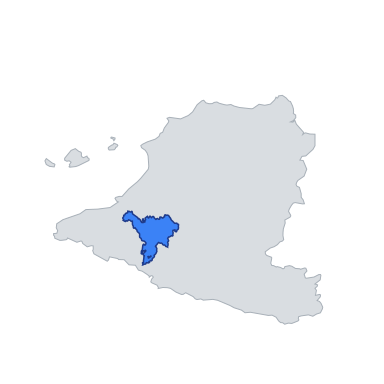 Zaragoza highlighted on a map of Spain, rotated 191°
{"feature_id": "ESP-5853", "entity_name": "Zaragoza", "entity_type": "Autonomous Community", "adm_level": 1, "iso_a3": "ESP", "parent_name": "Spain", "parent_adm1": "", "projection": "mercator", "projection_center": [-1.121, 41.843], "detail": "fine", "context": "in_parent", "style": "filled", "palette": "blue", "viewbox_px": 384, "rotation_deg": 191, "n_neighbors": 0, "source": "natural_earth", "source_scale": "10m", "svg_char_len": 9230}
<svg xmlns="http://www.w3.org/2000/svg" viewBox="0 0 384 384"><g transform="rotate(191 192 192)"><path d="M206.8,90.8L206.8,91.9L208.6,93.9L213.9,95.1L215.3,95.9L215.0,98.7L213.7,101.1L214.9,102.1L216.2,102.1L217.7,100.2L218.1,101.4L220.5,102.6L225.9,104.8L229.7,105.1L233.6,109.3L239.9,108.5L245.7,112.6L251.1,111.7L252.3,112.5L260.6,112.6L261.0,109.3L262.0,107.9L276.5,112.6L278.3,115.5L278.0,116.9L278.7,120.2L280.6,120.1L284.4,118.2L289.4,120.6L290.7,122.6L291.7,122.7L295.4,120.7L305.4,123.1L305.8,121.6L306.5,121.1L310.7,119.7L312.5,119.3L317.8,120.4L318.5,122.3L319.5,123.0L320.0,124.7L316.8,125.7L316.5,128.5L318.4,130.9L318.7,135.0L313.3,140.3L297.9,149.2L292.8,154.5L281.3,157.2L269.5,161.1L262.4,168.2L264.3,168.7L266.4,171.1L265.7,172.2L262.6,173.8L259.8,174.3L254.7,182.9L247.5,191.7L244.9,195.7L239.3,206.0L239.3,208.9L242.0,219.1L243.6,221.8L245.8,224.0L250.0,225.9L251.1,227.8L249.6,229.5L245.4,232.7L238.1,236.9L235.0,240.3L234.4,243.5L232.2,245.0L231.4,249.5L228.5,255.7L228.3,257.3L230.6,259.6L228.3,261.0L217.1,261.6L210.2,266.4L206.7,270.7L203.6,278.7L199.7,283.4L198.0,284.3L195.4,282.2L192.2,281.9L189.0,282.6L187.3,284.2L184.7,285.1L182.2,284.3L176.7,283.9L174.3,284.0L170.5,285.3L167.2,284.4L161.7,284.0L149.7,285.0L148.2,285.5L142.9,290.9L137.1,291.0L131.8,293.2L128.3,298.3L127.6,301.1L126.6,300.5L125.8,300.7L125.4,302.8L121.8,304.1L117.7,302.4L114.3,299.8L112.6,299.6L109.7,295.6L108.4,293.1L107.6,290.3L107.5,288.4L104.9,287.3L104.3,284.7L106.2,281.4L108.7,279.6L106.3,279.8L104.7,281.9L102.5,278.5L93.8,271.8L94.3,269.5L92.8,271.2L91.8,271.7L87.4,271.4L82.3,272.2L80.1,260.9L81.4,256.9L87.2,249.1L90.8,248.0L92.2,243.9L88.9,244.1L83.7,236.3L85.0,229.0L90.3,223.5L91.1,221.3L91.3,219.3L90.3,217.8L87.4,217.0L84.5,211.2L83.8,207.6L81.4,205.5L79.4,201.9L81.2,201.4L88.7,201.3L90.5,200.4L91.8,198.0L93.2,194.0L93.6,191.5L90.7,188.0L90.5,187.3L90.9,186.1L95.5,182.2L94.6,179.3L95.3,173.1L94.9,169.5L94.4,166.5L92.9,162.7L93.9,161.1L96.2,159.8L98.1,156.6L100.9,154.0L104.5,151.9L108.7,147.3L108.1,145.2L106.6,144.0L101.4,143.1L101.1,142.1L101.1,137.1L99.7,135.1L97.8,135.3L95.0,134.4L94.3,135.0L90.6,134.8L88.0,133.9L86.9,134.7L86.6,136.5L82.3,138.3L79.9,138.2L75.9,136.7L71.4,137.2L70.8,136.8L67.0,138.9L65.7,138.9L64.1,136.4L66.2,132.8L64.4,129.3L63.2,129.2L56.0,131.8L51.8,135.1L50.2,135.5L49.6,134.9L49.4,130.2L53.8,125.1L51.0,124.8L51.1,123.3L52.9,121.0L51.1,119.2L51.1,114.1L47.2,115.8L46.2,115.5L46.1,113.5L48.5,109.3L46.0,108.9L44.1,107.3L41.7,103.9L41.7,102.2L42.9,97.9L46.4,96.0L49.7,93.1L54.3,93.6L61.2,91.2L63.6,89.9L63.5,88.1L62.7,86.8L63.4,85.6L69.0,82.0L72.4,81.7L75.8,79.9L78.1,81.0L80.1,80.7L82.4,82.0L85.5,85.1L89.9,86.4L93.5,85.4L111.7,85.1L116.9,83.6L120.9,85.5L128.6,86.4L133.3,87.9L146.2,90.6L150.9,90.6L160.3,88.0L162.9,88.7L166.6,87.4L168.4,87.7L170.8,89.5L179.0,91.9L181.2,89.8L182.8,89.4L188.7,90.7L194.7,93.3L197.8,93.4L202.4,92.7L206.8,90.8ZM316.4,198.2L318.5,199.2L320.7,198.3L321.9,198.6L323.1,199.0L323.4,200.9L318.6,209.8L314.8,212.3L310.9,210.3L308.7,209.9L308.0,209.1L307.5,206.3L306.5,205.4L305.0,205.0L302.0,207.2L301.1,205.7L299.7,205.4L299.2,204.5L299.2,203.3L308.4,196.3L311.0,194.8L316.7,193.0L317.5,193.3L316.8,194.3L317.6,195.3L316.4,198.2ZM342.3,194.5L341.4,197.0L334.6,193.7L332.4,193.3L331.8,192.8L332.1,190.3L336.7,190.0L340.3,191.2L342.3,194.5ZM278.7,223.2L277.9,225.0L274.5,224.3L273.7,223.6L274.5,221.7L275.4,221.4L275.5,220.0L276.5,218.6L281.3,217.4L282.4,218.4L282.6,219.8L279.7,222.8L278.7,223.2ZM282.0,230.2L281.4,230.6L277.8,230.3L277.7,229.1L278.5,227.5L279.8,229.1L281.9,229.4L282.0,230.2Z" fill="#d9dde1" stroke="#a8b0b8" stroke-width="1"/><path d="M222.7,114.0L223.2,114.0L223.4,113.8L223.5,113.6L223.6,113.2L223.6,112.8L223.7,112.6L223.9,112.4L224.9,112.1L225.2,112.0L225.5,111.8L226.1,111.2L226.5,111.0L226.4,111.9L226.4,112.1L227.0,112.7L227.1,112.9L227.0,113.2L226.7,113.4L226.2,113.5L226.1,113.8L226.5,114.9L226.7,118.5L226.9,119.2L226.9,119.4L226.8,119.6L226.6,120.1L226.6,120.3L227.9,121.1L228.1,121.7L228.1,121.9L228.0,122.3L226.1,125.2L226.1,125.5L226.3,125.7L226.5,125.9L226.8,125.9L227.0,125.7L227.1,125.1L227.3,125.0L227.5,124.9L227.9,124.9L228.2,125.1L228.3,125.1L228.5,125.1L228.7,124.8L229.4,123.0L229.4,122.7L229.2,121.9L229.2,121.7L229.3,121.6L229.8,121.6L230.0,121.8L230.2,122.1L230.2,123.1L230.4,124.1L230.4,124.4L230.3,124.6L230.0,125.2L229.8,125.6L230.1,130.3L230.0,130.7L229.8,131.2L229.6,131.5L229.2,131.6L228.7,131.1L228.6,130.9L228.4,130.9L228.2,130.9L227.9,131.0L227.6,131.5L227.4,132.5L227.4,133.0L227.6,133.4L229.3,134.6L231.8,134.7L232.1,134.9L233.1,136.7L234.3,137.3L234.7,137.6L234.9,138.1L235.4,140.6L235.5,140.9L235.7,141.2L238.1,142.7L238.3,142.9L238.8,144.1L239.0,144.3L239.6,144.6L240.9,145.9L241.1,146.0L241.3,145.9L241.9,145.4L242.2,145.4L242.5,145.5L242.7,145.8L242.9,146.2L243.2,147.4L244.0,148.3L244.3,148.9L245.0,152.0L245.9,151.7L246.3,151.7L246.6,151.9L246.9,152.2L247.0,152.3L248.9,152.6L249.5,151.5L250.2,151.0L250.6,151.3L251.4,151.1L251.9,150.3L254.1,151.0L253.8,151.5L253.8,152.0L254.0,152.1L254.4,152.3L254.7,152.6L254.9,153.0L255.0,153.5L254.4,154.7L254.4,155.4L254.6,156.1L254.3,156.3L254.1,156.4L253.7,156.7L253.5,156.9L253.4,157.1L253.4,157.3L253.4,157.6L253.2,158.1L253.1,158.3L252.9,158.4L252.7,158.5L252.3,158.6L252.2,158.8L252.0,159.1L251.8,159.1L251.6,159.1L251.3,159.3L251.2,159.4L251.2,159.7L251.1,159.9L251.1,160.1L251.2,160.3L251.3,160.5L251.4,160.9L250.3,161.0L249.8,161.0L249.2,160.7L248.2,160.7L248.0,160.8L247.9,160.9L247.8,161.0L247.6,161.4L247.5,161.5L247.1,161.4L246.2,159.4L245.8,159.0L240.6,156.6L239.6,155.4L239.1,155.8L237.6,154.9L237.0,154.2L236.8,153.7L236.7,153.6L236.3,153.6L236.1,153.5L236.1,153.3L235.9,152.8L235.8,152.6L235.6,152.5L234.4,152.6L234.1,152.7L234.1,153.0L234.2,153.4L235.0,154.8L235.3,155.6L235.3,155.8L235.3,156.0L235.1,156.2L234.9,156.3L234.8,156.1L233.2,153.5L233.0,153.4L232.8,153.4L232.6,153.5L232.6,153.8L232.7,155.6L232.3,155.9L233.1,157.3L231.2,159.6L230.2,158.4L229.9,158.2L229.7,158.2L229.4,158.5L229.0,160.0L228.8,160.2L228.5,160.3L228.3,160.2L227.0,159.1L225.8,160.5L225.6,160.6L225.4,160.6L224.6,160.2L224.4,159.9L224.4,159.6L222.5,158.3L222.2,158.2L222.0,158.3L221.7,158.9L220.9,159.4L220.7,159.4L219.6,158.9L219.2,158.9L218.9,159.0L218.7,159.2L218.5,159.8L218.5,160.0L218.6,160.3L218.7,160.6L218.8,160.9L218.7,161.2L218.4,161.4L217.1,161.4L216.4,160.9L216.2,160.8L215.9,160.8L215.7,160.9L215.5,161.1L215.3,161.3L215.1,161.8L215.0,162.0L214.9,162.1L214.4,162.3L214.2,162.5L214.3,162.9L214.5,163.5L214.4,163.8L214.3,164.2L214.1,164.4L213.9,164.5L213.4,164.3L212.7,164.3L212.1,164.6L210.6,164.5L209.8,163.8L209.3,163.2L208.1,162.2L207.8,161.8L207.7,161.6L207.6,161.4L207.5,161.2L207.4,161.0L206.3,160.1L205.5,159.7L204.6,159.0L204.1,158.7L203.8,158.5L203.6,158.3L203.4,158.1L202.8,158.0L201.0,158.5L200.8,158.3L200.4,157.9L200.0,157.7L199.7,157.8L199.3,157.7L199.1,157.6L198.9,157.2L198.9,156.1L198.7,155.0L198.6,154.8L198.4,154.3L198.4,153.3L198.5,152.8L198.7,152.5L198.8,152.4L199.1,152.3L199.4,151.8L199.5,151.2L199.6,150.5L199.6,150.2L199.8,150.0L200.0,149.9L200.7,150.0L201.1,150.1L201.2,150.3L201.3,150.4L201.3,150.6L201.3,150.9L201.3,151.3L201.4,151.5L201.5,151.6L201.9,151.5L202.3,151.2L202.7,151.0L203.1,150.9L203.3,150.8L203.4,150.7L203.3,149.5L203.2,149.2L202.9,148.8L202.8,148.5L202.7,148.0L202.7,146.9L202.6,146.1L202.4,145.8L202.4,145.6L202.5,145.4L202.8,145.1L203.0,145.0L203.7,145.2L203.9,145.1L204.1,145.0L204.6,144.4L205.0,144.1L205.4,143.7L205.7,143.5L205.9,143.5L206.1,143.5L206.3,143.4L206.5,143.1L206.7,142.6L206.8,142.4L206.9,142.1L207.0,141.7L206.7,141.4L206.5,141.2L206.4,140.9L206.2,140.5L205.9,140.0L205.7,139.8L205.6,139.6L205.7,139.3L205.9,138.9L206.1,138.7L206.3,138.2L206.3,137.8L205.8,137.1L205.5,136.1L205.4,134.7L205.6,134.0L205.7,133.9L205.5,133.3L206.1,133.5L206.3,133.5L207.2,133.5L207.4,133.6L207.5,133.7L207.7,133.9L208.0,134.2L208.2,134.4L208.3,134.5L208.8,134.7L209.0,134.7L209.6,134.5L209.8,134.5L210.2,134.6L210.6,134.8L210.8,134.9L210.9,135.1L211.2,135.4L211.3,135.6L211.7,135.8L212.1,136.0L212.5,136.0L212.9,135.9L213.2,135.7L213.5,135.6L214.3,135.9L214.5,135.9L215.1,136.1L215.3,135.8L215.4,135.6L215.7,135.3L215.9,135.0L216.0,134.7L216.4,133.8L216.8,133.1L217.2,132.5L217.4,132.2L217.5,131.7L217.4,131.5L217.2,131.3L216.8,131.3L216.6,131.2L216.4,130.8L216.3,130.6L216.1,130.2L215.8,129.9L215.7,129.7L215.7,129.1L215.6,128.0L215.5,127.8L215.3,127.4L215.2,127.2L215.2,126.7L215.5,125.7L215.6,125.3L215.6,125.0L215.9,124.3L216.3,123.7L217.0,122.9L217.1,122.6L217.0,122.4L216.9,122.3L216.7,122.2L216.6,121.7L216.7,121.4L216.8,120.9L217.3,120.1L217.9,119.6L218.2,119.0L218.3,118.7L218.1,118.0L218.1,117.8L218.1,117.6L218.2,117.4L218.4,117.1L218.5,116.9L218.7,116.7L218.9,116.7L219.3,116.9L219.5,116.8L219.8,116.6L219.9,116.3L220.1,116.1L220.3,115.8L220.8,115.5L221.0,115.3L221.0,115.2L220.7,115.0L220.6,114.9L220.9,114.8L221.0,114.4L221.0,114.2L222.5,113.9L222.7,114.0ZM222.7,120.4L222.9,120.2L222.5,119.6L222.3,119.5L222.3,119.1L222.2,118.9L221.9,118.9L221.6,119.2L221.4,119.7L221.4,119.9L221.7,120.1L222.0,120.2L222.7,120.4ZM220.2,121.3L220.5,121.2L220.9,120.6L220.9,120.2L220.6,120.3L220.3,120.4L220.1,120.6L220.0,121.0L220.2,121.3Z" fill="#3b82f6" stroke="#1e3a8a" stroke-width="1.5"/></g></svg>